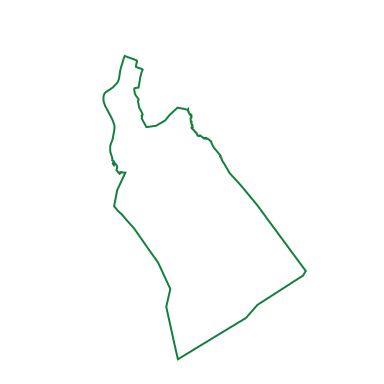 outline of Venray, Limburg, Netherlands, rotated 249°
{"feature_id": "6326949B92597341568086", "entity_name": "Venray", "entity_type": "district", "adm_level": 2, "iso_a3": "NLD", "parent_name": "Netherlands", "parent_adm1": "Limburg", "projection": "robinson", "projection_center": [6.037, 51.508], "detail": "fine", "context": "isolated", "style": "outline", "palette": "green", "viewbox_px": 384, "rotation_deg": 249, "n_neighbors": 0, "source": "geoboundaries", "source_scale": "gbopen_adm2", "svg_char_len": 4779}
<svg xmlns="http://www.w3.org/2000/svg" viewBox="0 0 384 384"><g transform="rotate(249 192 192)"><path d="M77.4,269.9L117.7,258.8L119.3,258.3L124.4,257.0L130.7,255.2L140.5,252.5L142.4,252.0L155.3,248.5L157.8,247.7L164.7,245.4L170.0,243.6L181.2,239.8L196.4,233.8L196.6,233.8L199.7,233.4L202.4,232.9L205.9,232.4L207.3,232.1L208.7,231.8L208.9,231.7L209.4,231.6L209.5,231.6L211.9,231.3L212.0,231.4L212.1,231.5L212.3,231.4L212.6,231.5L213.1,231.6L213.7,231.5L214.2,231.3L215.2,230.9L215.5,231.6L216.7,231.3L217.4,231.1L224.8,228.6L225.3,228.4L227.8,228.0L229.2,227.9L230.3,227.8L230.9,227.8L232.4,228.0L235.7,226.0L236.1,225.5L236.3,225.3L236.8,224.9L237.4,224.8L237.7,223.9L237.1,223.7L238.4,222.3L238.0,222.1L238.4,221.8L239.8,221.1L240.0,221.0L240.6,220.6L240.8,220.5L242.0,219.7L242.1,219.2L241.9,218.8L241.7,218.7L241.8,218.4L241.9,218.2L242.0,218.0L242.1,217.8L242.3,217.7L242.5,217.6L243.0,217.4L243.3,217.4L243.5,217.4L243.8,217.3L244.1,217.4L244.3,217.4L244.5,217.4L245.3,217.2L245.6,217.3L245.7,217.2L245.8,217.2L245.9,216.9L246.0,216.8L246.3,216.7L246.7,216.7L246.8,216.7L247.0,216.5L247.4,216.3L247.7,216.2L248.2,216.1L248.6,216.1L249.1,215.7L249.4,215.7L249.6,215.6L250.0,215.5L250.1,215.4L250.3,215.2L250.6,215.1L250.9,215.1L251.1,215.1L251.5,214.7L252.1,214.8L252.2,214.7L252.3,214.8L252.3,215.0L252.4,214.9L252.5,214.9L252.6,215.0L252.8,215.2L252.9,215.3L252.9,215.5L253.0,215.6L253.3,215.7L253.4,216.1L253.5,216.1L253.8,216.1L254.0,216.0L254.1,216.3L254.6,216.4L254.8,216.1L255.3,215.9L255.7,215.9L255.8,216.0L256.0,216.1L256.5,216.1L256.7,216.3L256.8,216.3L256.9,216.2L257.0,216.2L257.2,216.3L257.3,216.2L257.8,216.2L258.0,216.3L258.0,216.5L257.9,216.6L258.0,216.8L258.2,216.7L258.3,216.6L258.5,216.6L258.9,216.4L259.0,216.4L259.5,216.5L259.9,216.6L260.0,216.6L260.4,216.7L260.7,216.8L261.4,217.2L261.4,217.3L261.4,217.6L261.5,217.7L261.6,218.0L261.8,218.1L262.1,218.2L262.5,218.1L262.8,218.2L262.9,218.3L263.0,218.3L262.9,218.4L263.4,218.5L263.4,218.8L263.5,218.8L263.9,218.5L264.0,218.7L264.1,218.8L264.2,218.7L264.3,218.6L264.5,218.7L264.6,218.4L264.8,218.4L265.0,218.3L265.1,218.1L265.3,218.2L265.5,218.1L265.9,217.8L266.0,217.6L266.4,217.6L266.9,217.5L267.2,217.5L267.4,217.5L267.5,217.6L267.8,217.7L268.0,217.6L268.3,217.3L269.1,217.4L269.5,217.6L269.8,217.7L270.1,217.6L270.5,217.8L270.2,217.2L271.9,215.2L275.9,208.7L271.8,198.4L268.4,192.6L266.7,182.3L268.9,172.7L274.9,171.9L278.9,171.4L279.2,171.6L279.5,172.0L279.8,172.1L280.2,172.3L280.6,172.5L280.8,172.4L281.2,172.3L281.4,172.8L281.7,173.1L281.8,173.3L282.0,173.7L284.4,173.6L286.2,173.5L289.3,172.9L295.9,174.0L297.1,174.9L297.4,175.2L297.7,175.4L298.8,175.1L300.4,174.7L301.7,174.3L302.5,174.0L303.1,174.0L304.8,174.0L305.8,174.2L306.8,174.4L308.8,175.0L309.1,175.2L309.4,175.4L309.5,175.6L308.8,178.8L308.7,179.1L308.7,179.5L311.7,181.4L314.0,182.7L316.7,184.3L318.9,185.7L321.7,187.7L324.0,189.8L324.6,189.5L325.4,188.6L326.9,186.7L327.6,185.9L328.9,184.5L329.0,184.5L331.3,185.8L334.1,187.8L334.0,188.1L336.9,185.1L337.5,184.4L340.3,181.1L343.1,178.0L343.0,177.9L342.0,176.9L340.6,175.7L338.4,174.0L337.1,173.1L335.5,171.7L333.2,170.0L331.7,168.9L326.5,165.9L325.4,165.3L324.2,164.6L323.8,164.3L323.5,164.1L322.9,163.6L321.7,162.5L320.8,161.4L320.1,160.0L319.8,159.5L319.0,157.7L318.5,156.7L318.0,155.5L317.5,153.5L317.3,152.9L316.8,150.1L316.5,149.2L316.2,147.6L315.9,146.9L315.4,145.9L315.0,145.4L314.9,145.2L314.4,144.7L313.9,144.3L313.6,144.1L313.1,143.8L312.0,143.2L311.3,142.9L310.4,142.6L309.1,142.2L307.5,141.9L304.8,141.8L303.2,141.8L302.2,141.9L301.2,142.1L298.5,142.4L296.2,142.7L293.8,143.0L291.6,143.2L291.0,143.3L290.1,143.4L287.7,143.6L287.4,143.6L287.1,143.6L282.8,143.5L282.1,143.4L281.5,143.3L280.8,143.1L279.6,142.6L278.8,142.2L277.9,141.8L274.8,139.9L272.0,138.2L271.2,137.7L270.2,137.1L269.0,136.2L266.2,133.7L264.6,132.4L264.3,132.2L262.4,131.4L261.1,130.9L258.7,130.1L253.4,129.8L252.5,129.7L252.1,129.6L251.5,129.5L251.0,129.3L250.8,129.3L250.6,129.2L250.3,128.9L248.9,129.7L248.6,130.0L247.8,129.1L247.7,129.2L246.8,128.2L245.0,128.7L245.1,128.8L245.7,129.4L246.6,130.2L244.6,131.0L244.4,131.1L243.1,131.3L242.3,131.2L242.2,131.1L241.0,130.3L240.4,130.0L239.7,129.5L239.5,129.3L239.1,129.5L238.2,129.9L236.6,130.1L236.2,130.6L234.9,131.0L235.4,132.0L235.5,132.3L235.7,132.7L235.9,132.7L235.7,133.0L235.5,133.3L235.6,133.5L235.7,133.8L235.4,134.0L235.2,134.2L234.5,135.2L233.9,136.7L222.8,125.2L220.5,122.8L206.5,114.1L205.5,114.6L201.2,116.0L195.8,118.6L188.6,121.1L178.7,124.9L154.8,130.8L137.9,135.1L109.2,137.0L94.0,126.8L62.8,122.1L55.6,121.0L40.9,118.9L44.7,139.8L45.1,142.0L49.0,163.5L50.1,169.5L50.3,170.6L55.1,197.3L63.2,212.7L69.4,242.6L72.0,255.0L74.1,265.4L74.3,265.7L74.5,266.1L76.7,268.9L77.4,269.9Z" fill="none" stroke="#15803d" stroke-width="2"/></g></svg>